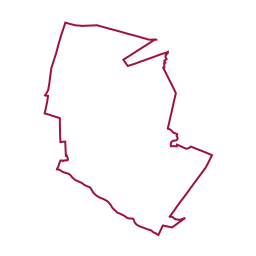 the district of Galbinasi, Buzau, Romania, rotated 177°
{"feature_id": "2599482B63916266325360", "entity_name": "Galbinasi", "entity_type": "district", "adm_level": 2, "iso_a3": "ROU", "parent_name": "Romania", "parent_adm1": "Buzau", "projection": "equal_earth", "projection_center": [26.944, 45.056], "detail": "fine", "context": "isolated", "style": "outline", "palette": "rose", "viewbox_px": 256, "rotation_deg": 177, "n_neighbors": 0, "source": "geoboundaries", "source_scale": "gbopen_adm2", "svg_char_len": 4832}
<svg xmlns="http://www.w3.org/2000/svg" viewBox="0 0 256 256"><g transform="rotate(177 128 128)"><path d="M201.0,193.0L201.1,192.9L201.2,192.6L201.3,192.2L201.5,191.1L201.6,190.8L201.6,190.6L201.8,189.8L202.0,188.7L202.0,188.4L202.1,188.0L202.2,187.6L202.2,187.3L202.3,187.2L202.4,186.6L202.5,186.0L202.5,185.8L203.0,183.6L203.3,182.0L203.3,181.8L203.6,180.1L203.7,179.8L204.0,177.8L204.3,176.5L204.5,175.5L204.7,174.5L205.0,173.3L205.1,173.0L205.3,171.9L205.6,170.4L208.2,166.0L208.6,165.4L209.2,165.1L209.3,165.0L209.2,164.9L206.2,164.2L206.7,161.6L207.4,158.1L210.5,146.9L210.3,146.8L206.9,145.7L204.2,144.7L201.1,143.5L195.6,141.4L195.9,133.4L196.1,126.9L196.2,122.4L196.2,117.5L195.2,117.6L191.4,117.7L191.5,103.6L190.7,103.9L189.7,100.3L189.6,99.4L190.3,98.9L190.9,98.8L191.5,99.0L192.2,99.0L193.0,98.7L193.6,98.9L194.8,98.4L195.2,98.9L195.5,99.0L196.1,98.9L197.0,99.1L197.5,98.4L198.3,96.6L198.8,95.3L199.3,94.1L199.4,93.6L199.9,92.7L200.3,92.1L200.7,91.5L201.1,90.7L201.2,90.4L199.1,90.1L197.1,88.7L195.0,87.3L191.0,85.8L189.9,85.5L188.1,84.1L185.9,81.1L185.1,80.4L183.5,78.9L181.8,78.0L176.9,75.5L174.9,73.7L172.2,72.1L170.0,71.2L168.7,70.3L168.1,69.3L166.5,66.0L165.0,64.1L163.4,62.4L161.0,60.7L159.7,59.9L157.2,58.8L153.6,56.8L151.9,55.4L149.4,52.2L148.0,49.4L145.9,47.0L143.3,44.3L142.1,43.5L140.5,42.9L138.2,41.6L136.7,40.8L133.9,38.6L132.5,37.8L131.2,37.5L128.7,37.4L127.7,37.2L126.8,35.5L126.3,33.5L125.9,32.7L124.3,30.9L122.4,29.7L120.1,28.6L116.4,27.0L113.7,25.8L110.7,24.8L109.5,23.9L108.1,22.5L105.7,21.3L104.4,20.2L103.3,19.5L98.3,28.8L89.2,26.4L75.5,35.3L76.9,34.8L77.3,34.7L77.7,34.5L78.1,34.4L80.1,33.8L81.3,33.6L82.0,33.7L82.5,33.8L83.3,33.9L83.9,34.1L84.6,34.2L85.1,34.3L85.3,34.4L85.4,34.5L85.5,34.6L85.7,34.8L85.8,34.9L86.4,35.2L86.8,35.4L87.0,35.5L87.5,36.2L87.7,36.5L87.8,36.5L88.2,36.7L88.6,36.9L88.9,37.0L89.2,37.0L89.6,37.1L89.8,37.2L90.0,37.3L90.3,37.2L90.7,37.0L91.1,36.9L91.5,36.7L88.8,40.0L87.7,41.4L86.4,42.9L85.2,44.5L84.9,44.9L84.5,45.5L84.2,45.8L81.1,49.7L79.7,51.4L78.8,52.5L78.3,53.1L76.7,54.9L75.4,56.5L74.1,58.1L73.8,58.3L71.8,60.9L70.7,62.2L69.6,63.6L68.7,64.8L67.4,66.3L65.2,69.0L60.9,74.2L58.8,76.8L58.5,77.1L55.2,81.1L53.6,83.2L53.0,83.6L51.9,85.5L50.9,87.1L45.5,96.4L47.5,97.5L48.8,98.1L50.2,98.8L52.6,99.9L53.3,100.2L53.4,100.3L56.0,101.5L57.4,102.1L58.9,102.8L60.0,103.2L62.6,104.5L66.3,106.2L67.6,105.2L68.2,104.9L69.8,104.4L70.2,104.3L70.4,104.3L70.8,104.2L71.3,104.4L71.7,104.5L72.7,105.1L78.7,108.3L78.9,108.4L79.9,108.8L80.1,107.2L84.7,107.6L86.0,107.5L86.2,108.6L86.1,109.9L85.8,111.0L85.5,111.6L85.2,112.0L84.5,112.4L83.6,112.9L81.4,113.0L80.8,113.1L80.5,113.2L79.7,113.7L79.4,114.0L79.2,114.2L79.1,114.6L79.1,115.1L79.2,116.2L79.7,117.2L79.9,117.6L79.1,119.2L79.8,119.6L81.0,120.2L82.5,120.7L83.8,121.9L84.8,123.2L85.4,123.8L86.8,124.8L88.2,125.0L88.3,125.2L88.1,126.2L87.1,129.6L86.6,131.2L86.0,133.5L85.9,133.7L85.0,137.0L83.8,141.1L83.0,144.1L82.7,145.2L81.9,147.8L81.2,150.5L80.6,152.7L79.8,155.4L79.6,156.0L79.5,156.4L79.4,156.7L79.2,157.3L79.2,157.5L78.4,160.2L78.4,160.3L79.3,162.5L79.4,162.9L80.8,166.1L81.3,167.2L81.7,168.2L82.0,168.9L82.4,169.7L82.5,170.0L82.7,170.4L83.0,171.1L83.3,171.7L83.6,172.4L84.3,174.0L84.5,174.5L85.0,175.7L85.2,176.2L86.1,178.2L86.2,178.5L86.4,178.8L87.1,180.6L88.0,182.5L89.7,186.3L89.6,186.5L88.5,186.6L88.5,187.0L88.6,188.6L88.5,189.4L88.4,189.8L88.3,190.1L88.6,190.4L88.4,191.1L87.3,191.4L88.2,192.8L88.2,193.3L87.7,193.8L86.5,194.2L86.0,194.7L86.2,194.8L86.2,195.2L86.3,195.7L86.4,196.0L86.7,196.6L86.9,197.2L86.8,197.9L86.5,198.8L86.2,198.9L86.3,199.1L85.7,200.0L84.9,200.2L84.6,200.5L84.3,200.8L84.2,201.3L84.2,201.9L85.0,201.5L92.3,199.6L95.9,198.5L98.7,197.6L102.4,196.5L105.1,195.7L106.8,195.2L108.6,194.6L110.4,194.1L112.6,193.5L115.9,192.4L117.2,192.0L121.7,190.8L125.0,190.0L126.0,191.6L126.2,191.8L127.0,193.1L129.1,196.4L124.6,199.0L124.1,199.2L122.0,200.4L120.0,201.6L117.6,202.9L116.6,203.5L115.7,204.1L113.1,205.5L111.2,206.6L110.0,207.3L108.0,208.4L106.0,209.5L105.1,210.0L104.1,210.6L102.4,211.6L101.1,212.3L99.4,213.3L97.0,214.6L95.4,214.8L95.5,214.9L96.2,215.0L98.2,215.0L99.8,215.0L102.2,215.1L102.3,215.1L102.5,215.1L102.8,215.2L103.0,215.3L103.3,215.4L103.9,215.6L104.5,215.8L104.9,216.0L105.5,216.2L106.1,216.4L107.3,216.8L108.7,217.3L110.2,217.8L111.4,218.2L112.7,218.7L113.7,219.0L114.9,219.4L115.8,219.7L117.0,220.1L118.9,220.7L122.3,221.8L127.1,223.4L130.3,224.5L135.4,226.2L140.0,227.7L152.4,231.8L153.8,232.3L154.1,232.2L161.8,232.3L169.4,232.4L169.7,232.6L172.9,233.0L175.1,233.3L176.7,233.8L179.3,234.6L180.7,235.0L181.7,235.4L184.0,236.1L185.1,236.5L185.6,235.0L188.5,227.7L190.6,222.4L190.5,222.2L192.0,218.2L192.9,215.6L193.3,214.4L193.7,213.2L195.2,208.4L195.9,206.2L197.2,202.9L199.4,197.2L200.4,194.5L200.5,194.4L200.9,193.3L201.0,193.0Z" fill="none" stroke="#9f1239" stroke-width="2"/></g></svg>